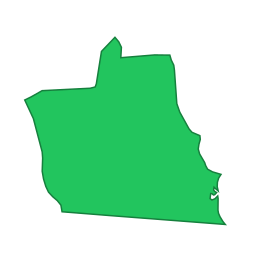 outline of Al Ahmadi, rotated 5°
{"feature_id": "KWT-1665", "entity_name": "Al Ahmadi", "entity_type": "Province", "adm_level": 1, "iso_a3": "KWT", "parent_name": "Kuwait", "parent_adm1": "", "projection": "orthographic", "projection_center": [48.089, 28.9], "detail": "fine", "context": "isolated", "style": "filled", "palette": "green", "viewbox_px": 256, "rotation_deg": 5, "n_neighbors": 0, "source": "natural_earth", "source_scale": "10m", "svg_char_len": 1009}
<svg xmlns="http://www.w3.org/2000/svg" viewBox="0 0 256 256"><g transform="rotate(5 128 128)"><path d="M69.6,217.2L67.9,210.7L63.9,206.5L59.0,203.0L54.4,198.8L51.2,193.3L48.3,186.1L46.3,178.6L45.6,165.5L44.6,159.3L32.9,126.8L22.7,109.1L28.7,105.5L39.2,98.3L86.8,91.7L91.7,90.0L92.6,86.8L94.9,54.0L107.1,38.8L111.3,43.0L114.4,48.2L114.7,58.6L148.1,52.9L161.5,51.9L163.3,51.7L165.2,56.6L168.1,61.4L169.2,66.3L174.5,99.5L178.2,107.7L188.9,123.6L192.1,126.7L200.3,129.4L201.0,133.1L200.1,137.9L199.8,142.8L201.6,147.6L207.4,155.8L208.7,158.8L210.9,162.1L215.9,164.3L224.7,166.1L222.7,169.9L221.8,174.2L222.0,178.7L223.3,182.8L220.1,180.5L218.9,179.5L218.7,181.4L218.9,182.6L219.9,183.6L221.9,184.6L220.3,186.7L219.3,187.3L218.4,186.9L217.5,186.1L216.1,186.1L215.9,191.2L217.9,192.4L220.8,190.9L223.3,187.9L223.9,190.4L224.8,202.1L225.6,205.1L227.4,208.4L230.7,212.9L233.2,215.5L233.3,215.6L195.3,216.0L157.2,216.4L119.2,216.8L81.1,217.1L69.6,217.2Z" fill="#22c55e" stroke="#15803d" stroke-width="1.5"/></g></svg>